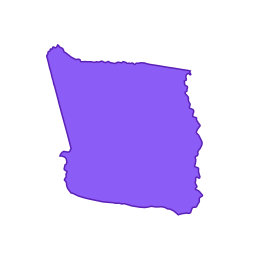 the district of Dam Doi, Cà Mau, Vietnam, rotated 76°
{"feature_id": "81297802B79677528710757", "entity_name": "Dam Doi", "entity_type": "district", "adm_level": 2, "iso_a3": "VNM", "parent_name": "Vietnam", "parent_adm1": "Cà Mau", "projection": "mercator", "projection_center": [105.265, 8.963], "detail": "fine", "context": "isolated", "style": "filled", "palette": "violet", "viewbox_px": 256, "rotation_deg": 76, "n_neighbors": 0, "source": "geoboundaries", "source_scale": "gbopen_adm2", "svg_char_len": 5670}
<svg xmlns="http://www.w3.org/2000/svg" viewBox="0 0 256 256"><g transform="rotate(76 128 128)"><path d="M87.7,53.8L86.9,55.3L83.6,63.2L81.2,68.7L79.0,74.1L73.9,85.8L72.3,89.8L71.5,91.6L70.3,94.0L68.7,96.7L68.4,97.7L68.2,98.8L67.8,99.8L67.7,100.4L67.8,101.9L67.2,103.9L67.2,104.5L67.7,105.2L67.9,105.6L68.0,106.0L67.8,106.3L67.4,106.7L66.2,107.7L66.0,108.0L66.0,108.3L65.9,108.6L66.1,109.5L66.0,110.0L65.8,110.4L65.5,110.8L65.3,111.5L65.1,113.2L64.9,113.5L64.1,113.9L63.6,114.7L62.6,116.3L62.5,116.9L63.0,117.9L63.1,118.2L63.1,118.6L63.0,118.9L61.9,121.3L61.7,122.1L61.8,122.7L62.2,124.1L62.2,124.8L62.2,125.2L61.0,127.8L60.4,129.2L60.1,129.6L59.8,129.9L59.2,130.4L58.8,130.8L58.7,131.1L58.7,131.5L59.0,133.1L59.0,133.7L59.0,134.2L58.8,134.7L58.5,135.2L57.7,136.0L56.9,137.1L56.7,137.6L56.8,138.2L56.9,139.3L57.0,140.2L56.9,140.8L56.8,141.1L56.1,142.4L56.1,143.0L56.2,143.5L56.2,144.2L56.2,144.7L55.1,147.1L54.5,148.9L53.7,152.1L53.1,153.7L52.5,157.0L52.3,157.6L52.0,157.8L51.7,157.9L50.5,158.0L50.3,158.0L49.9,158.4L49.5,158.9L49.2,159.6L49.0,161.7L48.7,162.3L46.7,164.6L45.5,165.9L40.7,169.7L39.6,170.6L39.1,171.3L38.9,171.5L38.3,171.7L36.4,171.8L35.7,172.0L35.1,172.2L34.7,172.6L34.1,173.3L33.5,174.2L33.1,174.6L31.1,175.5L30.7,175.7L30.4,176.1L31.0,176.6L32.1,177.6L32.5,178.5L32.6,179.2L32.4,179.7L31.7,180.2L31.4,180.4L31.3,180.8L31.5,181.5L32.1,181.9L33.0,182.2L33.1,182.3L33.2,182.6L33.1,182.9L32.7,183.5L32.6,183.8L32.7,184.1L32.9,184.4L33.2,184.6L33.9,184.7L34.3,184.9L34.4,185.3L34.5,186.2L34.6,186.7L34.8,187.0L35.6,187.4L36.9,188.0L37.3,188.4L37.8,189.0L38.3,189.4L38.8,189.5L43.1,189.4L45.6,189.4L49.4,189.5L51.0,189.5L54.7,189.3L61.8,189.4L62.5,189.3L62.8,189.2L65.8,189.3L67.3,189.4L68.4,189.3L69.5,189.1L70.7,189.1L72.5,189.1L85.5,188.9L85.5,189.0L86.9,189.0L97.6,188.8L110.8,188.5L119.6,188.3L131.3,188.2L134.4,188.1L134.6,188.5L134.9,188.9L135.3,189.2L136.0,189.7L136.4,189.9L136.6,190.2L136.8,190.6L136.9,191.3L136.9,191.8L136.8,192.3L135.4,195.4L135.2,196.0L135.2,196.4L135.3,196.7L135.7,197.7L136.5,198.9L137.2,199.8L138.7,200.8L139.2,199.2L139.9,197.9L140.5,197.0L141.2,196.3L142.1,195.7L142.9,195.4L143.8,195.4L145.5,195.5L146.4,195.7L147.3,196.1L148.0,196.6L148.3,197.1L148.4,197.7L148.6,198.0L149.0,198.3L150.0,198.7L151.6,199.6L152.1,199.8L152.6,199.9L153.2,199.7L154.1,199.0L155.2,197.9L155.5,197.8L155.9,197.8L156.2,198.0L156.7,198.4L157.1,198.8L157.6,199.2L158.1,199.4L159.5,199.6L160.3,199.8L160.7,200.1L161.0,200.4L161.8,201.4L162.2,201.8L162.6,202.1L163.0,202.2L163.3,202.2L163.7,202.0L164.1,201.7L165.0,201.3L165.5,201.1L166.1,201.0L168.9,201.4L171.2,201.3L173.5,200.6L176.0,199.5L177.3,198.9L177.6,198.1L178.3,197.0L182.1,192.4L185.1,187.4L187.6,182.6L193.6,170.2L196.0,163.2L196.9,160.4L197.8,158.8L198.4,156.6L198.6,155.2L199.4,153.8L199.8,153.0L200.2,152.5L200.4,150.4L201.0,149.0L202.4,146.7L204.3,143.5L207.6,135.9L209.2,131.0L209.4,129.1L209.5,127.9L209.6,126.6L209.5,125.9L209.6,124.7L209.8,123.9L210.2,122.8L211.0,121.0L211.6,119.1L212.4,114.9L213.4,112.5L214.5,110.8L215.6,109.7L216.2,108.9L216.4,107.8L217.0,106.7L219.3,103.9L221.1,102.5L224.4,100.2L224.3,99.6L224.2,98.0L224.3,95.6L224.6,92.8L224.6,92.1L224.8,91.6L225.6,89.4L225.6,88.8L225.3,88.0L225.0,87.6L222.0,85.7L221.3,85.1L221.0,84.7L220.8,84.2L220.8,83.8L220.9,83.1L221.1,82.2L221.2,81.7L221.1,80.9L220.8,80.4L219.8,79.6L218.8,78.7L217.4,77.2L216.9,76.8L216.2,76.5L215.9,76.4L214.3,76.1L213.9,75.9L213.4,75.7L213.0,75.3L212.6,74.5L212.4,74.0L212.1,72.8L211.9,72.4L211.7,72.1L211.2,72.1L210.9,72.1L210.3,72.4L208.4,73.4L207.3,73.9L206.8,74.2L206.2,74.6L205.7,75.0L204.8,76.2L204.6,76.6L204.2,77.0L203.8,77.3L203.5,77.3L203.1,77.2L202.8,76.9L202.6,76.6L202.2,75.9L202.0,75.6L201.7,75.4L201.4,75.3L200.7,75.3L200.1,75.5L199.3,75.8L198.2,76.0L197.4,76.0L196.8,75.8L195.5,75.1L193.7,74.7L193.2,74.5L192.9,74.3L192.6,74.0L192.5,73.8L192.4,73.1L192.4,72.9L192.5,72.7L192.7,72.3L193.6,71.6L193.8,71.4L193.9,71.1L193.8,70.8L193.6,70.5L193.3,70.3L192.9,70.1L192.4,70.0L192.2,70.0L190.5,70.2L189.0,70.2L187.1,70.1L186.7,70.1L185.2,69.5L184.7,69.4L184.3,69.4L184.1,69.4L183.7,69.7L182.9,70.7L182.6,71.2L182.2,72.0L181.9,72.3L181.7,72.5L181.3,72.6L180.8,72.5L180.1,72.0L178.4,71.1L176.7,70.4L176.1,70.2L175.1,69.9L173.1,69.9L172.4,69.7L172.1,69.6L171.9,69.2L171.8,68.9L171.8,68.2L171.7,67.8L171.7,67.6L171.4,67.2L171.1,66.9L170.4,66.5L169.9,66.3L169.4,66.2L168.5,66.3L168.3,66.2L168.2,66.2L167.7,65.8L166.7,64.9L166.3,64.4L165.7,63.4L165.2,62.9L162.7,60.8L162.0,60.3L160.7,59.8L160.2,59.7L159.4,59.6L158.8,59.7L153.2,60.9L152.1,61.2L151.6,61.4L150.8,61.9L149.7,62.7L149.2,62.8L148.8,62.7L148.4,62.6L147.8,62.2L146.4,61.2L145.8,60.6L145.2,59.8L143.5,57.7L143.1,57.5L142.8,57.5L142.6,57.5L142.2,57.6L140.4,58.4L139.4,58.8L138.1,59.2L136.5,59.6L136.1,59.5L135.2,59.1L134.9,59.1L134.5,59.3L134.1,59.8L133.4,61.3L133.0,61.8L132.7,62.1L132.4,62.3L132.0,62.3L131.5,62.1L130.3,61.6L128.7,60.6L128.1,60.3L127.4,60.2L126.8,60.1L126.3,60.3L125.7,60.7L125.2,61.3L124.5,62.3L124.0,62.9L123.5,63.3L123.0,63.5L122.5,63.4L120.9,62.3L120.4,62.1L120.0,62.0L119.5,62.0L117.2,62.7L116.4,62.7L115.7,62.7L113.8,62.2L113.3,62.1L112.6,62.1L112.0,62.3L110.9,62.8L109.7,63.6L108.8,64.0L108.1,64.2L107.8,64.1L107.4,64.0L107.1,63.8L106.9,63.4L106.6,62.1L106.2,61.8L104.8,61.4L103.2,60.5L102.6,60.4L101.9,60.5L101.5,60.9L100.6,62.1L100.1,62.4L99.7,62.5L98.0,62.2L96.2,62.1L96.0,61.9L95.9,60.9L95.7,60.1L95.5,59.8L95.0,59.6L94.4,59.5L93.2,59.6L92.4,59.5L91.6,59.3L91.0,58.9L90.4,58.3L89.9,57.5L89.7,57.1L89.6,56.6L89.7,56.1L91.2,55.0L91.4,54.8L91.5,54.5L91.4,54.3L91.2,54.1L90.9,54.1L90.2,54.2L89.4,54.5L88.9,54.5L88.5,54.4L88.1,54.2L87.7,53.8Z" fill="#8b5cf6" stroke="#5b21b6" stroke-width="1.5"/></g></svg>